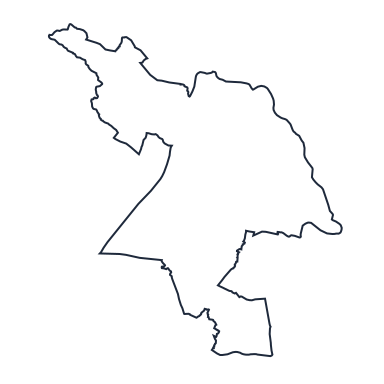 the district of Banjar, Kalimantan Selatan, Indonesia, rotated 273°
{"feature_id": "22746128B79736905882971", "entity_name": "Banjar", "entity_type": "district", "adm_level": 2, "iso_a3": "IDN", "parent_name": "Indonesia", "parent_adm1": "Kalimantan Selatan", "projection": "robinson", "projection_center": [114.894, -3.279], "detail": "fine", "context": "isolated", "style": "outline", "palette": "slate", "viewbox_px": 384, "rotation_deg": 273, "n_neighbors": 0, "source": "geoboundaries", "source_scale": "gbopen_adm2", "svg_char_len": 5939}
<svg xmlns="http://www.w3.org/2000/svg" viewBox="0 0 384 384"><g transform="rotate(273 192 192)"><path d="M341.6,40.6L341.5,41.0L339.7,41.0L339.0,41.3L338.2,42.0L337.5,43.1L337.2,44.3L337.0,46.2L336.8,47.0L333.0,51.3L332.6,52.1L332.4,54.0L331.7,55.2L330.3,56.2L329.5,57.4L328.7,59.4L327.2,60.1L326.8,59.6L327.2,60.1L326.5,61.0L325.0,65.3L324.9,65.2L324.1,66.0L323.7,67.6L323.4,68.0L321.8,68.9L320.5,70.1L320.3,73.1L318.9,75.7L318.1,78.4L316.6,79.0L314.7,79.1L313.9,79.7L312.6,81.8L311.2,82.1L309.5,83.4L307.8,85.3L305.6,90.3L304.1,90.5L301.4,92.4L299.1,92.3L298.8,92.4L296.7,95.7L295.7,96.6L295.0,96.6L292.9,94.4L292.2,91.4L291.7,90.8L289.5,90.5L288.4,90.7L286.7,91.2L286.0,91.1L283.9,92.0L283.5,92.7L282.4,93.1L280.9,92.4L280.7,92.0L280.6,90.9L281.1,90.4L281.2,89.8L280.4,88.8L279.6,88.7L279.3,88.0L279.2,86.9L277.6,86.5L275.4,87.4L272.1,87.8L270.3,88.8L269.8,89.5L269.4,91.9L268.7,92.5L266.5,93.6L266.0,94.2L265.3,94.4L264.7,95.3L263.6,95.0L262.9,95.2L261.2,95.9L260.3,97.1L259.5,97.1L258.7,98.3L258.5,99.3L258.0,99.6L256.9,101.4L255.9,104.8L255.0,105.7L253.8,107.9L251.6,110.5L250.0,113.0L247.3,114.9L242.0,111.1L240.9,112.7L238.6,117.8L236.9,123.8L233.4,128.8L226.9,137.0L232.3,138.9L234.3,139.2L235.9,139.9L241.4,140.9L243.8,142.9L246.4,143.5L248.5,143.6L248.4,145.6L247.6,148.7L247.5,151.3L247.9,152.7L246.7,154.6L245.4,155.5L244.2,156.9L243.3,159.5L242.7,160.0L240.6,160.7L239.1,162.1L237.2,166.0L237.2,169.4L235.3,168.4L230.9,167.9L227.2,167.7L218.4,165.6L210.3,163.1L206.3,161.4L203.2,159.7L191.0,150.9L177.5,139.2L137.6,110.3L131.8,106.7L127.1,104.3L125.8,103.2L126.3,123.0L125.8,129.3L123.5,143.2L122.4,165.4L121.7,165.2L121.0,165.5L119.4,166.8L117.7,168.7L117.2,168.9L116.3,168.1L115.8,165.8L115.0,165.7L114.4,165.9L114.2,168.2L113.6,170.3L114.6,171.4L114.6,172.1L112.4,173.8L111.6,175.2L110.5,175.4L110.0,174.9L108.9,174.4L108.1,174.4L106.8,176.2L105.6,176.3L103.9,176.9L89.4,183.3L84.5,184.6L78.6,186.8L75.4,188.5L70.2,190.4L69.8,190.7L70.2,195.0L69.8,196.2L69.5,196.2L69.2,196.7L66.7,203.0L67.2,203.8L67.7,204.2L68.5,205.7L69.2,206.1L69.3,206.6L70.3,207.4L70.8,207.4L70.9,207.6L71.9,207.7L74.1,210.2L76.0,210.8L75.7,212.4L75.3,212.6L75.6,214.8L75.3,215.1L72.0,213.7L70.5,214.5L70.3,214.2L68.8,214.6L68.1,214.5L68.1,215.0L65.8,215.9L65.5,219.4L65.3,219.8L64.4,220.1L63.1,221.8L60.7,223.2L60.1,222.3L57.1,221.3L55.5,224.6L55.4,224.4L54.3,226.4L53.1,226.1L52.0,225.3L51.6,224.3L49.4,224.1L48.5,223.6L49.5,221.3L46.3,222.7L45.0,223.7L43.3,223.7L42.1,223.6L41.6,222.9L40.8,222.8L40.6,222.5L40.0,222.1L38.9,222.3L38.8,222.0L38.1,221.8L37.4,221.9L37.5,221.3L37.2,221.3L35.3,220.1L32.1,225.4L30.7,228.6L30.8,230.8L31.8,236.0L34.1,241.2L34.6,243.8L34.6,245.6L34.0,248.5L33.2,250.0L32.7,251.7L32.4,253.9L32.5,257.2L33.0,259.0L33.4,262.9L33.4,264.7L33.1,265.8L32.2,278.9L32.9,280.2L33.8,280.8L37.9,279.7L43.3,278.8L45.4,278.6L54.2,277.0L59.9,277.0L61.7,277.5L62.5,276.9L64.5,276.3L89.3,270.5L88.1,260.7L87.0,257.5L87.0,255.2L87.5,252.2L90.1,247.3L90.3,246.2L89.5,244.8L93.6,241.2L92.9,240.0L93.8,237.7L95.0,236.7L95.2,234.5L100.1,222.8L105.4,226.6L108.9,228.9L116.3,234.7L117.2,235.6L117.9,237.2L118.2,237.1L118.5,237.4L119.6,238.6L120.5,238.9L121.2,238.5L121.9,238.5L122.5,239.1L123.4,239.5L124.6,239.7L124.9,240.2L124.9,240.9L128.9,241.0L129.0,240.7L129.3,240.9L131.2,240.9L132.2,241.2L132.3,240.8L134.0,241.5L134.0,241.8L134.3,242.1L135.2,240.0L135.8,240.0L137.4,242.2L137.6,242.9L137.4,243.3L137.9,243.9L137.6,244.3L140.5,244.5L141.7,245.5L142.4,245.4L143.2,247.1L144.3,247.4L145.2,245.8L146.2,246.5L148.5,247.2L152.3,247.5L155.0,248.1L156.1,248.0L155.5,251.8L155.1,256.2L151.7,255.5L156.1,264.0L156.1,267.8L154.1,279.9L154.6,280.2L155.2,280.0L155.7,279.5L156.6,279.6L156.5,281.5L156.3,282.2L156.4,283.6L155.7,285.4L153.3,288.9L152.5,290.6L152.5,291.3L152.8,291.9L153.7,292.8L154.0,293.6L153.6,296.9L152.2,301.7L152.3,302.3L152.7,302.8L153.3,303.0L154.7,302.7L156.2,302.8L164.2,304.3L166.3,306.9L167.4,309.1L167.6,310.2L167.4,312.6L160.5,322.3L157.7,329.0L157.4,334.5L157.6,336.7L158.0,338.1L158.1,340.7L159.2,342.3L160.2,342.8L162.1,343.3L164.0,343.4L166.6,342.3L167.9,340.9L170.1,337.2L171.2,334.1L171.9,333.1L176.5,334.0L177.4,333.6L180.3,330.7L186.4,328.7L201.5,322.7L203.4,321.1L206.2,317.1L208.2,314.9L210.8,312.5L213.0,311.0L221.1,311.3L222.3,310.9L227.6,306.3L232.6,302.9L235.1,302.2L241.7,302.1L247.0,300.7L249.2,298.8L253.7,296.1L255.5,292.8L256.5,292.0L257.8,290.2L259.4,289.2L264.6,286.9L265.9,285.8L269.0,282.7L269.7,281.0L270.3,278.4L271.0,276.6L273.2,272.8L275.6,270.6L278.2,269.2L280.3,268.9L283.6,269.3L287.4,268.8L289.5,268.1L294.0,265.8L298.9,262.3L299.8,261.4L301.2,258.7L301.6,255.6L300.6,252.3L297.5,247.8L297.4,247.4L298.7,246.1L302.2,243.8L302.8,242.8L303.3,240.9L304.1,235.0L304.1,220.1L305.7,216.7L306.3,213.7L307.2,212.2L308.3,211.0L309.3,210.3L311.7,209.7L312.6,209.2L313.0,208.7L313.3,206.4L312.4,205.7L311.9,204.6L311.0,200.9L311.0,200.3L311.6,198.5L312.2,194.3L312.1,193.6L310.8,191.6L309.9,190.8L308.5,190.1L307.2,189.8L297.4,188.8L292.3,187.1L287.8,185.1L287.2,184.6L287.6,183.7L290.0,182.9L291.2,183.1L292.2,182.9L292.9,181.9L295.3,182.2L296.2,181.8L297.0,179.4L297.3,178.9L297.9,178.9L298.4,178.5L299.0,177.1L298.7,175.0L299.3,175.0L300.2,163.6L301.6,155.9L301.8,151.5L306.8,144.1L318.2,133.6L318.5,135.2L318.8,135.8L320.8,136.9L322.5,138.8L323.1,140.3L330.8,133.2L333.5,127.4L334.5,127.2L340.3,123.3L343.2,118.5L343.1,116.8L342.7,116.1L342.8,114.9L342.5,114.2L341.9,114.0L338.9,114.0L337.4,113.7L334.7,112.0L333.6,112.2L333.2,111.2L332.0,111.0L331.8,110.3L331.2,110.2L330.6,109.4L329.8,109.2L329.3,108.3L328.5,108.1L329.1,102.6L329.8,98.1L334.8,92.4L336.0,88.8L338.7,78.3L340.9,79.5L345.0,78.3L347.1,76.1L347.9,74.8L348.8,71.4L349.0,68.6L350.1,67.4L350.2,66.3L353.0,62.7L353.2,62.0L353.3,61.6L353.0,61.0L350.5,60.0L347.9,59.4L347.7,59.2L347.6,55.2L347.3,53.9L345.9,51.5L346.2,49.3L346.1,48.5L344.4,46.3L341.6,44.2L341.3,42.7L341.6,40.6Z" fill="none" stroke="#1e293b" stroke-width="2"/></g></svg>